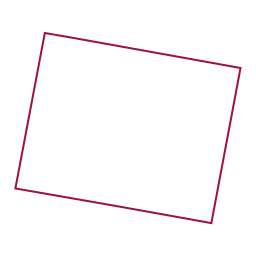 Logan, Kansas, United States of America (Robinson projection), rotated 10°
{"feature_id": "52423323B59948780820812", "entity_name": "Logan", "entity_type": "district", "adm_level": 2, "iso_a3": "USA", "parent_name": "United States of America", "parent_adm1": "Kansas", "projection": "robinson", "projection_center": [-101.227, 38.917], "detail": "fine", "context": "isolated", "style": "outline", "palette": "rose", "viewbox_px": 256, "rotation_deg": 10, "n_neighbors": 0, "source": "geoboundaries", "source_scale": "gbopen_adm2", "svg_char_len": 241}
<svg xmlns="http://www.w3.org/2000/svg" viewBox="0 0 256 256"><g transform="rotate(10 128 128)"><path d="M29.6,48.9L27.6,207.1L134.0,206.9L226.6,207.2L228.4,49.4L55.4,48.8L29.6,48.9Z" fill="none" stroke="#9f1239" stroke-width="2"/></g></svg>